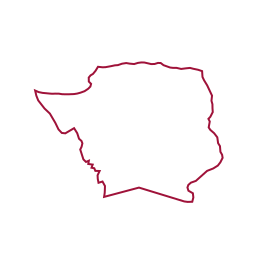 outline of Baía Formosa, Rio Grande do Norte, Brazil, rotated 283°
{"feature_id": "56859067B10587440144347", "entity_name": "Baía Formosa", "entity_type": "district", "adm_level": 2, "iso_a3": "BRA", "parent_name": "Brazil", "parent_adm1": "Rio Grande do Norte", "projection": "orthographic", "projection_center": [-35.036, -6.42], "detail": "fine", "context": "isolated", "style": "outline", "palette": "rose", "viewbox_px": 256, "rotation_deg": 283, "n_neighbors": 0, "source": "geoboundaries", "source_scale": "gbopen_adm2", "svg_char_len": 1541}
<svg xmlns="http://www.w3.org/2000/svg" viewBox="0 0 256 256"><g transform="rotate(283 128 128)"><path d="M200.1,187.4L200.5,183.2L200.4,178.2L200.5,174.9L199.2,171.1L197.5,166.5L197.5,161.8L196.7,158.2L196.4,155.4L196.8,151.9L197.2,148.5L198.7,145.2L198.1,142.5L196.3,139.4L195.5,136.1L195.5,132.8L195.5,129.3L194.9,126.3L193.7,123.1L191.7,119.6L191.1,115.2L190.9,111.7L189.3,107.7L187.0,104.0L186.1,101.1L184.5,97.7L183.2,94.7L182.1,92.1L181.4,89.3L180.9,85.0L176.4,83.5L172.8,81.7L170.9,79.7L168.3,78.4L164.4,79.4L162.7,82.1L159.9,82.0L157.3,80.4L154.1,77.4L151.7,73.7L150.1,70.7L148.9,67.7L147.6,62.9L146.7,59.1L146.1,56.0L145.9,53.0L145.2,49.7L144.3,46.4L143.9,43.7L143.5,40.6L143.0,36.9L142.9,32.9L143.6,29.1L138.9,31.4L134.7,34.3L128.2,42.3L124.5,48.6L116.7,56.0L111.0,60.6L108.3,64.6L108.7,68.1L115.7,75.5L111.5,79.7L106.5,82.7L104.9,85.6L102.8,87.0L99.3,87.0L96.3,86.3L87.4,91.6L85.5,94.7L87.3,97.2L84.0,97.4L84.4,101.8L81.1,101.4L81.2,104.2L78.9,105.8L79.7,110.0L75.1,109.0L71.6,110.0L68.0,111.6L70.1,115.2L66.3,118.6L62.3,119.4L59.5,119.9L55.5,120.2L72.4,152.1L69.1,199.3L69.4,202.7L70.6,207.2L75.0,207.3L79.0,205.9L80.5,201.0L83.4,199.3L86.1,199.6L88.9,201.6L91.7,206.0L104.0,214.7L107.7,220.1L111.6,224.0L115.3,225.7L120.2,226.9L123.1,225.7L125.6,223.4L131.0,221.7L133.5,219.2L139.0,217.1L142.3,213.1L144.7,208.6L146.7,206.5L152.7,206.2L155.0,204.3L157.4,205.7L162.6,207.0L166.2,205.9L170.2,204.9L173.3,203.2L178.4,202.6L187.3,195.6L191.7,191.3L194.5,189.1L200.1,187.4Z" fill="none" stroke="#9f1239" stroke-width="2"/></g></svg>